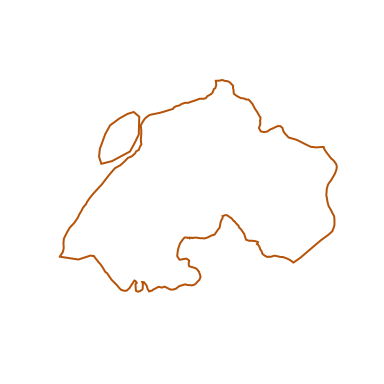 outline of Al-Maragha, Suhaj, Egypt, rotated 252°
{"feature_id": "37247803B96203293605859", "entity_name": "Al-Maragha", "entity_type": "district", "adm_level": 2, "iso_a3": "EGY", "parent_name": "Egypt", "parent_adm1": "Suhaj", "projection": "robinson", "projection_center": [31.569, 26.668], "detail": "fine", "context": "isolated", "style": "outline", "palette": "amber", "viewbox_px": 384, "rotation_deg": 252, "n_neighbors": 0, "source": "geoboundaries", "source_scale": "gbopen_adm2", "svg_char_len": 4375}
<svg xmlns="http://www.w3.org/2000/svg" viewBox="0 0 384 384"><g transform="rotate(252 192 192)"><path d="M290.4,249.0L290.2,249.0L289.8,248.9L286.2,248.1L283.6,246.3L283.1,244.5L281.8,243.6L280.2,242.3L279.5,241.1L278.8,238.5L278.4,236.2L277.0,234.1L277.1,231.6L278.0,229.2L278.3,228.4L278.2,226.2L278.1,223.6L278.1,219.0L278.1,218.5L278.0,215.8L279.0,213.0L278.9,209.1L278.2,206.9L278.5,203.4L278.1,201.1L276.9,199.6L277.0,195.4L277.1,189.8L277.2,186.4L277.8,180.6L278.4,175.8L277.2,171.6L275.9,169.2L273.0,165.7L271.0,163.8L266.1,162.8L261.1,161.0L257.8,159.6L255.0,158.9L252.8,158.5L251.4,156.7L250.7,156.2L248.5,154.4L247.9,151.5L246.2,149.6L244.6,146.0L244.2,141.5L241.7,136.9L239.6,132.1L238.5,126.2L234.7,119.8L232.4,116.3L230.2,113.1L227.1,108.6L224.0,103.0L220.6,97.1L219.7,95.7L217.4,92.2L215.0,89.1L213.3,87.6L211.8,85.2L210.7,83.4L208.4,81.2L205.6,78.0L202.8,75.4L198.9,70.3L195.8,64.6L192.1,60.5L187.2,55.7L183.2,54.0L178.4,52.7L175.0,50.8L173.6,49.1L171.6,46.5L171.5,46.4L171.3,46.3L170.9,47.1L168.9,51.1L167.7,53.6L166.6,55.7L162.9,63.1L162.9,68.0L162.9,73.4L162.9,75.8L161.7,78.1L161.6,78.8L158.6,79.8L157.2,80.3L155.7,81.0L155.0,81.0L152.0,82.5L146.8,84.0L143.1,84.7L140.9,86.2L135.7,87.7L133.4,88.4L126.0,92.1L123.8,92.9L120.8,94.4L119.3,96.6L118.5,98.2L118.5,99.7L119.2,101.3L119.9,102.9L120.6,103.6L125.6,109.9L124.9,110.7L122.7,111.4L122.0,109.9L119.0,109.0L115.4,108.2L114.9,108.7L113.9,109.7L113.8,112.0L114.5,114.4L115.2,115.2L119.6,116.8L121.8,116.8L121.1,118.4L117.3,119.9L113.7,119.8L110.7,120.5L110.7,122.8L110.6,123.6L111.3,125.2L111.3,126.0L112.0,129.8L112.0,131.4L110.4,133.7L110.4,136.8L108.1,139.1L106.6,140.6L105.9,141.3L105.1,143.7L105.0,146.0L105.0,146.8L106.4,150.7L106.4,152.2L106.4,154.5L106.3,155.3L106.3,156.9L104.8,159.2L104.0,161.5L103.2,163.0L103.2,164.5L103.2,166.1L103.9,167.7L105.3,170.0L106.0,171.6L107.5,173.1L108.9,174.0L110.4,174.0L111.9,174.0L114.1,174.0L115.6,173.3L116.3,173.3L118.5,171.8L120.1,169.5L121.6,167.2L122.3,166.4L124.5,166.5L126.0,167.3L127.5,168.1L129.0,167.3L130.5,165.8L131.3,159.6L131.8,159.1L135.0,158.2L135.8,158.2L139.4,159.8L140.9,160.6L142.3,161.4L146.7,164.6L149.6,168.5L151.0,170.8L150.2,173.2L149.5,173.9L149.4,175.5L148.7,175.5L148.6,177.8L147.9,178.5L147.9,180.1L147.1,182.4L146.4,183.7L146.1,184.4L145.5,185.5L144.8,187.8L144.0,189.3L143.9,192.4L144.6,197.1L144.5,200.2L147.4,204.1L148.1,204.9L149.5,207.2L151.0,208.0L153.9,209.6L155.4,210.5L156.1,211.2L157.5,212.8L159.0,213.6L159.7,213.6L159.7,214.1L159.7,215.2L159.7,216.7L158.9,218.3L155.9,220.5L155.2,221.3L152.4,222.4L151.4,222.8L150.7,223.5L148.5,224.3L147.0,225.0L145.5,225.8L144.0,225.7L142.5,226.5L141.0,227.2L135.9,228.7L132.5,228.6L130.0,228.6L127.7,231.6L127.7,232.4L126.1,236.3L124.6,238.6L123.9,239.3L122.4,237.7L121.7,238.5L120.5,238.8L118.7,239.2L116.5,239.2L114.3,239.9L111.3,239.9L109.1,241.4L106.8,243.7L106.8,245.2L106.0,246.7L106.0,250.6L105.2,252.2L102.9,256.0L102.1,258.3L99.1,262.1L96.8,264.4L93.6,266.6L94.4,269.6L95.8,274.3L100.0,284.4L102.9,291.4L106.4,300.0L109.2,308.6L111.3,313.3L114.2,315.7L116.4,317.2L121.5,318.9L125.1,319.7L128.8,319.0L133.3,318.3L136.2,317.6L139.9,317.7L145.8,318.6L147.1,318.6L150.9,320.2L153.1,321.0L156.7,323.4L158.2,325.0L160.3,328.1L163.2,331.3L165.4,333.7L168.3,336.0L169.7,336.8L171.9,337.7L174.1,337.7L176.4,337.0L178.6,336.2L180.8,334.7L189.0,331.8L191.9,331.1L194.1,331.1L195.0,328.2L195.9,324.3L198.2,319.0L201.9,315.1L207.2,309.8L209.4,307.5L211.0,305.2L212.5,302.9L214.0,300.7L219.2,298.4L220.8,297.9L221.4,297.7L225.1,297.8L227.4,296.3L227.7,295.3L228.2,294.0L228.1,292.9L228.0,292.4L227.8,290.3L227.6,289.3L227.4,287.0L227.4,286.2L227.0,284.6L226.2,282.3L226.3,281.5L226.5,280.8L226.7,279.3L227.0,278.4L228.5,276.1L229.2,276.0L232.2,275.4L235.1,277.8L235.8,277.8L237.3,278.6L238.8,278.6L239.5,279.4L240.2,279.5L241.7,280.2L243.9,279.5L247.6,278.8L251.4,277.7L252.8,277.4L257.2,276.7L262.4,274.4L263.2,272.1L264.7,270.6L265.5,269.1L266.2,267.5L269.2,264.5L272.4,262.2L273.0,262.2L276.6,263.1L278.1,263.1L280.3,263.9L281.8,263.2L284.8,261.7L286.3,260.2L287.8,257.1L288.6,256.3L289.3,254.8L289.4,252.5L290.1,250.2L290.4,249.0ZM270.6,161.8L279.9,165.1L286.1,161.3L286.2,154.8L284.4,145.7L280.7,134.7L274.0,127.5L266.6,121.7L261.7,117.8L254.3,114.5L246.8,114.5L246.1,125.5L249.7,145.6L257.1,153.4L263.2,159.2L270.6,161.8Z" fill="none" stroke="#b45309" stroke-width="2"/></g></svg>